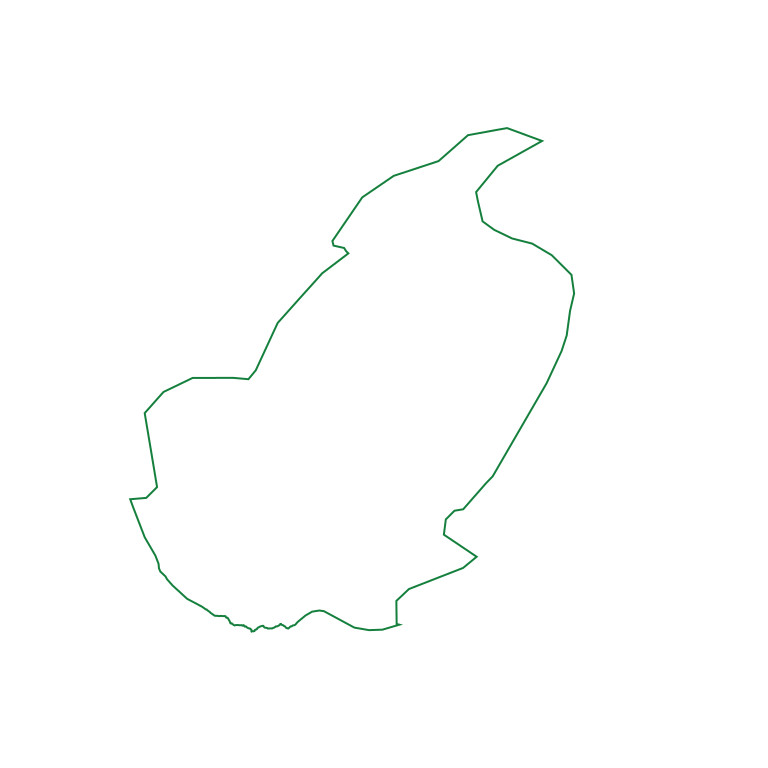 Krachi West, Volta, Ghana (Robinson projection), rotated 216°
{"feature_id": "2480657B78422611914106", "entity_name": "Krachi West", "entity_type": "district", "adm_level": 2, "iso_a3": "GHA", "parent_name": "Ghana", "parent_adm1": "Volta", "projection": "robinson", "projection_center": [-0.041, 7.895], "detail": "fine", "context": "isolated", "style": "outline", "palette": "green", "viewbox_px": 768, "rotation_deg": 216, "n_neighbors": 0, "source": "geoboundaries", "source_scale": "gbopen_adm2", "svg_char_len": 2392}
<svg xmlns="http://www.w3.org/2000/svg" viewBox="0 0 768 768"><g transform="rotate(216 384 384)"><path d="M521.6,141.6L514.3,136.7L487.4,119.3L468.1,110.8L460.8,106.1L457.7,102.6L454.7,100.8L447.7,99.9L444.7,98.5L436.5,96.7L417.0,94.5L400.0,96.9L396.7,96.9L395.6,96.9L395.0,97.3L394.6,97.2L392.7,97.1L391.0,97.2L389.9,96.9L386.4,97.0L384.9,97.0L383.6,97.7L382.8,98.4L381.6,98.9L380.4,99.8L380.0,100.3L378.6,101.1L378.1,101.4L377.4,101.9L376.2,102.8L375.5,102.9L375.1,102.5L374.1,102.3L373.3,102.9L372.4,102.7L369.1,101.2L367.9,100.3L367.4,100.2L367.1,100.6L366.6,100.9L366.0,100.6L365.0,100.8L364.4,100.7L363.7,100.7L362.9,100.9L362.4,101.7L361.5,102.4L360.0,103.5L358.9,104.0L357.6,105.1L356.5,105.3L356.3,105.8L356.1,106.2L355.7,106.4L355.1,106.1L354.6,105.9L353.9,106.0L353.6,106.6L353.3,106.7L352.5,106.6L351.6,106.5L351.0,106.6L350.1,106.7L349.2,107.2L348.4,107.4L348.1,107.2L347.0,107.3L346.6,107.0L346.3,106.6L345.9,106.0L345.7,105.9L345.4,106.6L344.8,106.8L344.0,107.4L343.6,108.0L343.7,108.3L343.9,109.1L343.6,109.7L343.2,110.0L343.1,110.5L342.7,111.2L342.8,111.8L342.9,112.4L341.5,115.3L340.2,116.9L339.4,117.4L338.8,117.0L337.9,116.8L337.4,116.8L335.2,117.9L334.5,117.8L333.1,118.8L332.0,119.7L330.7,120.6L330.2,121.7L329.6,122.4L329.0,124.4L328.1,124.9L327.7,125.7L327.1,126.7L326.9,127.6L326.8,128.9L326.3,129.3L325.8,128.9L325.0,129.1L324.7,129.2L323.5,129.6L322.6,129.4L321.6,129.7L320.2,129.3L319.5,129.2L318.8,129.6L318.3,129.6L317.6,130.1L317.1,133.0L316.3,133.6L315.9,135.0L315.0,135.9L314.3,137.0L314.0,140.4L313.5,142.6L311.7,149.5L311.5,150.4L308.6,157.0L308.3,157.6L306.0,159.9L303.2,162.7L299.1,164.9L264.8,169.5L251.4,176.1L240.9,184.3L230.1,198.3L232.7,197.3L240.2,207.3L246.5,215.8L243.3,232.8L211.9,281.7L207.5,298.7L247.0,297.3L254.4,310.8L252.5,322.9L246.3,329.2L243.1,364.0L241.8,373.2L252.9,480.3L259.7,515.0L264.7,530.6L276.5,552.6L283.4,569.0L296.5,582.5L324.0,586.8L346.6,584.7L366.0,577.0L385.4,573.5L399.8,573.5L415.4,587.0L422.3,593.4L420.3,627.4L399.0,673.5L434.8,663.4L441.5,656.5L462.3,634.7L468.1,608.8L470.9,596.4L498.5,558.1L511.3,522.2L509.8,469.4L506.2,466.3L496.2,470.6L493.0,469.3L489.6,468.7L499.1,437.2L499.6,432.0L502.6,403.5L505.2,377.8L505.9,370.9L495.8,319.8L496.5,308.2L509.5,300.4L542.4,276.4L557.7,248.0L558.5,240.1L560.5,219.8L533.6,193.4L507.0,167.2L509.4,152.1L521.6,141.6Z" fill="none" stroke="#15803d" stroke-width="2"/></g></svg>